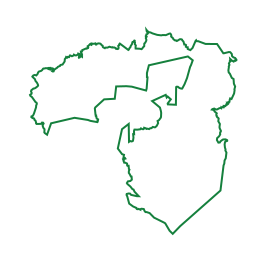 outline of Xochihuehuetlán, Guerrero, Mexico, rotated 7°
{"feature_id": "50627088B21353339735014", "entity_name": "Xochihuehuetlán", "entity_type": "district", "adm_level": 2, "iso_a3": "MEX", "parent_name": "Mexico", "parent_adm1": "Guerrero", "projection": "mercator", "projection_center": [-98.537, 17.893], "detail": "fine", "context": "isolated", "style": "outline", "palette": "green", "viewbox_px": 256, "rotation_deg": 7, "n_neighbors": 0, "source": "geoboundaries", "source_scale": "gbopen_adm2", "svg_char_len": 5694}
<svg xmlns="http://www.w3.org/2000/svg" viewBox="0 0 256 256"><g transform="rotate(7 128 128)"><path d="M185.3,227.6L191.7,219.1L227.4,178.8L227.4,153.5L227.9,151.6L227.8,148.5L228.7,146.2L228.7,140.4L227.4,138.5L227.4,137.3L226.6,135.6L225.9,132.5L226.0,130.2L226.5,129.5L228.0,128.7L228.0,128.3L227.9,128.0L226.3,127.4L224.6,127.6L223.4,128.0L221.4,130.0L220.9,131.2L219.5,131.5L217.7,129.1L217.7,127.2L219.4,125.2L220.3,123.1L220.0,122.0L220.0,121.0L220.5,120.4L220.6,119.6L219.1,117.2L218.7,116.0L218.7,112.8L216.8,110.3L216.8,107.5L216.1,106.8L215.3,106.5L214.4,105.2L214.5,104.9L214.2,104.7L214.0,103.8L214.3,102.6L212.0,101.1L210.9,99.6L209.1,99.5L209.4,99.0L211.2,98.2L213.0,98.9L214.2,98.7L216.3,97.2L217.6,96.8L218.1,97.0L218.1,96.1L218.5,96.3L219.5,95.5L220.1,95.9L220.5,95.8L220.3,94.4L221.9,94.4L221.9,93.9L223.0,93.2L222.7,92.7L222.9,91.9L223.4,91.5L224.3,92.0L224.4,91.9L224.2,90.9L223.8,90.6L224.8,90.4L224.6,90.0L225.5,89.6L225.5,87.7L225.8,86.2L227.2,86.6L229.1,80.8L229.2,77.3L228.9,76.7L229.3,73.8L227.7,71.1L226.8,66.5L224.9,65.6L222.5,61.7L221.2,60.6L220.6,58.5L220.7,55.2L220.5,54.6L221.0,53.0L220.3,51.8L220.8,50.2L221.6,49.3L221.0,48.5L221.3,48.2L221.0,47.0L223.0,48.5L224.8,49.2L225.5,48.0L226.5,48.2L226.7,47.7L227.3,47.5L227.3,47.0L225.9,45.5L223.9,45.0L222.5,43.9L222.0,41.9L220.3,40.3L218.9,40.3L214.2,42.1L213.5,42.2L206.2,33.8L194.7,35.1L187.1,33.3L185.3,33.5L184.9,32.7L184.5,33.2L182.3,40.7L180.4,43.1L177.7,42.3L177.4,40.6L176.4,40.7L175.5,40.3L175.5,38.6L174.9,38.2L173.7,38.3L172.5,35.4L171.2,34.4L170.9,33.7L169.8,33.4L168.6,33.6L166.2,35.5L165.6,35.3L165.4,35.6L164.5,35.2L163.9,35.3L162.2,34.3L161.7,33.4L160.9,32.7L160.3,32.6L159.6,31.7L159.7,30.7L159.1,29.7L158.4,29.1L157.5,29.3L154.3,31.2L151.1,31.5L149.7,32.0L145.6,32.0L140.7,31.1L138.7,30.4L137.2,30.4L135.3,29.3L134.4,28.4L134.7,29.5L136.2,31.6L135.8,32.3L134.8,32.9L134.9,33.7L134.4,34.6L134.6,35.1L135.3,35.3L134.7,36.6L135.4,37.9L135.5,39.1L134.7,41.3L133.9,42.2L134.1,44.9L133.1,46.1L132.4,47.5L131.8,48.1L130.1,47.9L125.9,48.2L125.6,46.6L125.7,45.1L124.5,43.9L124.5,42.2L124.1,41.6L124.0,40.5L123.7,40.4L123.5,40.5L123.2,41.8L122.1,42.0L121.9,42.3L121.8,44.0L120.6,46.6L120.5,47.6L119.7,48.6L119.3,50.0L118.8,50.5L109.6,45.2L109.0,46.1L109.1,46.9L108.3,47.7L108.9,49.6L108.8,50.4L108.2,50.9L106.7,50.9L106.3,50.8L106.1,50.2L104.4,49.7L103.1,50.0L102.7,49.7L102.0,50.0L99.6,49.6L97.9,50.7L95.7,51.0L95.3,51.6L93.4,50.9L93.0,50.4L92.8,49.4L91.7,48.9L90.7,47.9L90.0,47.6L88.5,47.6L86.8,48.2L86.5,49.0L86.0,49.1L85.2,48.0L84.0,48.6L82.3,48.6L81.6,50.0L80.9,49.8L80.7,48.9L80.1,49.3L78.7,51.3L78.0,51.7L78.1,52.4L78.7,52.9L78.6,53.4L78.3,53.4L77.4,54.3L76.8,54.1L73.1,56.3L73.2,57.0L72.7,57.9L71.9,57.9L72.0,58.5L72.6,59.0L72.8,59.8L73.4,60.4L73.3,61.4L73.6,61.9L73.7,62.9L73.3,62.7L73.2,62.0L72.5,62.1L71.6,63.7L70.8,64.2L70.6,63.8L70.9,63.5L70.7,62.8L71.5,62.1L70.9,61.5L71.3,60.6L69.5,60.2L69.4,61.2L67.6,62.3L66.6,62.3L65.4,61.8L65.2,62.6L63.6,63.6L61.9,63.0L61.4,63.1L60.9,64.8L59.4,64.8L59.3,65.5L59.0,65.7L57.9,65.1L57.5,66.5L56.9,67.3L57.0,69.7L55.3,73.0L53.5,73.6L53.0,74.1L53.0,74.6L50.9,75.9L50.3,76.9L49.8,77.2L47.9,79.0L47.3,80.2L47.3,80.8L46.6,81.1L45.8,80.8L46.2,80.1L46.3,79.2L47.1,78.7L46.0,78.0L44.8,78.1L44.0,79.5L42.7,79.3L43.4,78.6L43.8,78.6L43.6,77.8L41.6,78.1L40.4,78.6L39.1,78.6L38.1,79.1L37.4,79.1L36.5,79.5L35.7,81.0L34.8,81.9L32.6,82.9L32.0,83.9L31.7,85.3L30.6,87.0L29.1,86.7L27.7,87.3L26.8,88.6L26.9,88.8L29.7,90.9L30.4,92.5L32.1,94.1L33.3,95.9L33.6,96.8L33.2,97.6L31.3,99.5L30.4,100.1L29.3,100.4L27.4,102.4L27.3,103.6L28.1,104.8L28.1,105.7L26.7,107.1L27.2,108.0L28.9,109.0L33.1,113.6L34.1,114.0L34.5,114.7L34.5,115.6L34.1,116.8L34.2,118.7L32.9,125.2L32.2,127.2L31.9,127.7L30.8,128.2L30.7,128.9L32.0,129.8L33.2,129.8L33.8,130.3L34.2,131.3L35.3,132.0L36.1,133.8L36.2,134.6L36.7,135.1L41.3,134.5L42.0,133.1L43.1,133.1L43.7,133.9L43.2,135.0L43.0,136.2L44.0,138.2L45.3,139.4L45.5,142.6L46.1,143.2L48.5,144.5L51.1,132.7L73.7,124.4L87.3,124.9L89.8,125.5L96.9,125.9L97.1,125.5L96.8,124.8L97.2,124.5L97.3,123.1L95.8,122.4L95.4,121.5L95.3,120.7L94.6,120.1L94.8,119.3L94.2,119.0L92.7,112.6L93.0,111.6L100.8,102.5L111.3,100.6L111.2,88.2L121.3,86.7L126.7,86.5L141.4,88.6L141.7,86.6L141.2,75.3L140.6,75.2L140.1,71.1L141.1,63.2L178.7,49.7L184.0,52.9L182.9,57.8L182.2,59.8L180.5,71.2L178.8,77.6L177.1,82.0L176.8,82.4L175.3,82.3L174.1,82.0L172.5,81.0L171.2,81.1L170.8,81.5L172.7,99.1L164.7,99.7L164.4,98.8L167.0,94.3L163.5,91.9L162.7,93.0L161.4,90.5L148.7,98.3L157.2,103.8L158.6,107.2L159.1,109.0L159.4,112.9L159.3,113.7L157.8,116.4L156.5,117.4L157.3,119.5L156.3,122.3L155.0,123.9L154.1,124.1L152.5,123.9L151.3,125.3L150.1,125.5L149.1,126.5L147.5,126.3L146.4,126.7L146.0,126.2L144.0,125.8L143.9,126.8L143.4,127.3L142.3,127.4L140.9,126.8L140.3,127.8L137.5,128.5L134.6,128.8L134.3,130.3L134.8,133.1L134.2,132.9L133.8,133.3L134.6,136.9L134.5,140.1L133.4,140.9L131.8,140.7L130.7,141.6L128.2,123.9L122.2,129.9L120.4,149.6L125.3,154.7L127.3,155.1L127.1,158.0L128.5,158.0L129.1,158.7L127.0,159.7L127.7,160.7L127.5,161.1L128.5,162.9L129.3,162.7L131.4,163.4L131.8,165.4L132.2,165.6L133.2,165.4L133.9,168.6L134.5,169.1L134.1,170.7L134.3,172.5L135.4,173.7L136.7,175.7L137.4,175.7L137.5,175.9L138.1,178.8L136.8,180.3L134.4,181.0L133.6,182.8L134.3,183.7L137.5,185.8L139.8,188.1L141.0,188.4L142.2,190.4L147.0,194.4L145.1,194.6L139.2,194.0L138.1,192.9L136.7,192.9L134.8,193.6L134.7,194.6L135.6,196.0L138.4,202.9L142.7,205.3L146.1,206.3L146.2,206.9L146.8,207.4L147.7,207.4L148.4,207.0L150.0,207.5L149.9,207.2L151.2,206.5L153.5,206.5L154.6,208.4L155.6,209.3L156.8,209.2L159.8,209.8L164.8,213.8L175.6,217.6L176.6,218.1L181.8,224.9L185.3,227.6Z" fill="none" stroke="#15803d" stroke-width="2"/></g></svg>